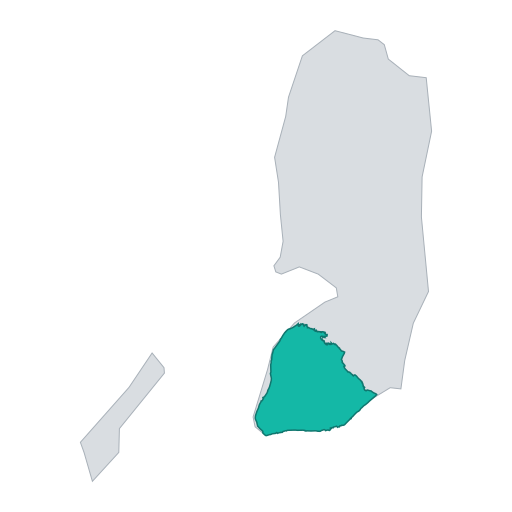 location of Hebron, West Bank, Palestine
{"feature_id": "87354302B80979559279056", "entity_name": "Hebron", "entity_type": "district", "adm_level": 2, "iso_a3": "PSE", "parent_name": "Palestine", "parent_adm1": "West Bank", "projection": "equal_earth", "projection_center": [35.111, 31.507], "detail": "fine", "context": "in_parent", "style": "filled", "palette": "teal", "viewbox_px": 512, "rotation_deg": 0, "n_neighbors": 0, "source": "geoboundaries", "source_scale": "gbopen_adm2", "svg_char_len": 6458}
<svg xmlns="http://www.w3.org/2000/svg" viewBox="0 0 512 512"><path d="M426.2,77.7L431.6,131.2L422.1,176.9L421.4,217.0L428.5,291.5L413.3,323.2L404.7,360.6L400.9,388.9L390.2,387.7L356.5,408.2L311.6,427.4L262.1,432.5L255.1,426.8L253.1,417.0L267.6,369.4L273.2,347.0L294.6,322.9L324.9,302.1L337.8,296.8L336.3,287.9L318.2,274.1L299.3,266.9L281.4,274.1L275.8,271.9L273.9,265.8L280.2,257.2L283.1,241.3L280.4,214.7L278.5,182.3L274.6,157.3L285.7,116.5L288.5,97.2L302.4,55.8L335.0,30.7L363.1,38.0L378.0,39.8L384.3,44.7L388.3,59.1L409.2,75.7L426.2,77.7ZM152.1,353.0L164.0,367.7L164.4,373.1L119.4,428.6L118.8,452.4L92.4,481.3L84.1,452.6L80.4,442.3L129.0,387.4L152.1,353.0Z" fill="#d9dde1" stroke="#a8b0b8" stroke-width="1"/><path d="M324.5,337.5L325.0,337.5L324.8,336.4L325.9,336.4L326.3,336.1L327.0,336.0L327.1,334.6L326.3,334.7L325.6,334.3L324.7,333.3L324.8,333.2L324.7,333.1L325.3,332.9L324.9,332.2L324.0,332.1L323.5,331.9L322.1,331.7L321.6,331.8L321.5,332.4L321.3,332.4L321.2,332.5L321.0,332.4L321.2,331.9L320.3,331.7L319.8,331.8L319.4,331.6L318.8,331.7L318.5,331.5L318.2,331.6L317.9,331.6L317.6,331.8L317.3,331.8L317.2,331.6L316.7,330.8L316.6,331.2L316.4,331.1L316.2,331.2L315.7,331.2L315.7,330.5L315.2,330.2L314.9,330.8L314.7,330.6L314.5,330.1L314.5,329.5L314.1,329.3L314.2,328.9L313.4,329.2L313.1,329.2L313.1,329.5L311.9,328.7L311.5,328.8L311.3,328.6L310.3,328.6L309.9,328.3L309.3,328.0L308.6,327.6L308.2,327.6L307.6,327.7L307.7,327.1L307.0,326.6L306.9,326.3L307.0,325.1L306.8,324.7L305.9,324.7L305.9,325.0L305.7,325.2L305.1,325.2L304.7,325.4L304.1,326.2L303.7,325.5L303.5,325.1L304.0,325.1L303.9,324.6L303.8,324.4L303.3,324.5L303.2,324.2L302.7,323.8L302.3,323.8L302.0,324.2L301.5,324.3L301.0,324.0L300.9,324.7L300.5,325.2L300.4,325.0L300.4,324.7L299.7,324.7L299.9,325.1L299.6,325.8L299.3,326.2L299.0,326.3L298.8,326.1L298.7,326.2L298.3,325.9L298.2,325.7L298.6,324.6L298.2,324.0L298.2,323.7L296.0,325.6L295.1,326.0L294.5,326.5L294.0,326.7L293.9,326.9L293.4,327.3L293.0,327.4L292.5,327.7L289.8,328.9L289.1,328.9L288.8,329.2L288.1,329.4L287.6,329.7L287.1,330.2L286.1,331.2L285.8,331.5L285.6,331.6L285.6,332.0L284.8,332.6L282.9,335.4L281.1,338.6L280.6,339.0L280.3,339.5L280.3,340.2L279.4,341.7L274.6,348.3L273.5,349.6L272.4,353.9L272.1,354.4L271.9,356.4L271.7,359.6L271.6,360.1L271.3,360.6L271.1,361.0L271.2,362.6L270.7,364.8L270.9,372.0L270.5,373.2L270.4,373.6L271.4,378.3L271.3,379.2L271.3,379.7L271.3,380.2L270.4,383.8L269.6,386.6L268.6,389.1L268.3,389.3L267.8,390.5L267.6,391.1L267.7,391.3L266.8,393.4L266.6,393.6L265.4,395.4L265.0,395.9L264.7,396.6L264.1,396.9L263.8,397.2L262.9,397.5L263.0,398.3L263.2,398.5L263.4,398.6L262.2,400.6L261.7,400.9L261.2,400.9L261.0,401.1L261.0,401.8L260.0,403.5L259.4,404.7L258.9,406.3L258.5,407.9L257.6,409.8L256.9,411.4L255.5,415.7L255.3,417.3L255.3,418.6L255.5,419.3L256.6,421.8L256.9,422.5L257.0,423.4L257.5,425.3L257.6,426.1L257.9,426.4L258.2,426.6L258.8,427.4L260.3,429.0L262.6,431.0L262.9,431.7L262.8,432.9L263.0,433.2L264.6,434.7L265.2,435.2L265.9,435.6L266.5,435.6L269.6,434.6L270.4,434.6L271.6,434.1L272.1,433.8L275.5,433.4L276.7,432.5L277.2,432.8L277.2,433.2L277.3,433.3L277.5,433.1L278.4,433.0L278.6,433.0L278.7,432.9L280.5,432.4L280.6,432.6L280.8,432.6L281.1,432.3L282.2,432.4L282.5,432.2L282.8,431.6L285.7,430.7L286.5,430.9L287.1,430.4L287.8,430.3L293.7,430.1L295.4,430.1L297.6,430.3L302.8,430.2L304.8,430.4L304.9,430.8L305.2,431.0L305.8,430.9L306.4,431.0L306.7,430.8L311.1,431.0L315.1,430.8L316.3,430.9L317.6,431.2L319.5,431.3L320.4,431.2L321.6,430.4L322.5,430.2L324.0,429.6L324.3,429.6L325.4,430.3L325.5,430.6L327.8,430.0L328.1,430.0L329.3,430.5L329.7,430.3L329.7,430.1L330.1,429.9L330.3,429.6L330.4,428.7L330.3,428.1L330.7,428.0L331.0,428.7L331.3,428.6L331.4,428.1L331.7,427.8L332.3,427.5L333.0,427.9L333.8,426.9L334.8,426.8L336.6,426.2L336.9,426.6L337.0,426.6L337.4,427.1L337.6,427.3L338.1,426.9L338.4,426.8L339.4,426.9L339.6,426.7L339.6,426.3L339.8,425.9L340.1,425.7L340.5,425.7L341.0,425.8L341.5,425.5L341.6,425.3L343.1,425.3L344.1,425.0L344.7,424.6L346.3,422.9L349.5,419.7L350.2,418.8L350.4,419.0L350.6,419.0L350.8,418.9L350.9,418.5L351.2,418.4L351.1,417.9L352.9,416.3L354.4,414.6L356.4,412.6L357.5,411.7L358.5,411.3L359.1,410.8L360.0,409.9L360.8,408.5L361.8,407.7L363.8,405.7L365.5,404.6L367.9,402.6L369.3,401.2L375.5,395.9L376.7,394.5L375.9,393.8L373.4,392.7L372.0,391.7L371.0,390.9L370.1,390.8L368.4,390.3L367.2,390.0L366.3,390.7L366.0,390.8L365.6,390.3L364.8,390.2L364.5,389.7L364.4,389.4L364.0,388.6L364.2,388.2L364.1,387.7L364.6,387.5L364.5,387.2L363.9,386.8L363.7,386.5L363.4,386.6L363.1,385.9L363.2,385.2L362.7,384.0L362.7,383.4L362.4,383.3L362.2,383.1L362.2,382.5L362.2,382.4L361.9,382.3L361.8,381.5L361.6,381.3L361.2,381.2L361.0,380.8L360.7,380.6L360.3,380.0L359.3,379.2L358.1,378.1L356.5,376.1L355.4,375.2L354.9,374.9L354.5,375.0L354.2,375.3L353.2,375.3L353.1,375.7L352.8,375.4L352.6,375.3L352.3,374.6L351.1,373.8L351.0,373.7L350.9,373.3L350.2,372.9L350.0,372.5L349.6,372.2L349.2,372.3L349.0,372.1L348.5,371.9L347.8,371.9L347.3,371.1L345.2,368.9L344.6,368.1L344.3,367.4L344.1,366.7L343.9,366.3L344.3,366.0L344.9,366.0L344.9,365.4L344.5,365.0L344.3,365.0L344.0,364.4L343.9,364.2L343.5,363.9L343.3,363.4L342.6,363.0L342.6,362.9L342.5,362.6L342.2,362.4L342.2,362.1L342.3,361.6L342.3,361.1L342.0,360.7L341.9,360.3L341.4,359.4L341.9,358.3L342.5,356.5L342.8,356.1L344.3,353.3L344.6,352.1L343.3,351.5L343.0,351.4L342.8,351.2L341.4,351.0L340.3,349.3L339.6,348.8L339.3,348.5L339.2,348.2L339.3,348.0L337.9,346.9L336.7,345.3L336.1,344.8L335.6,344.6L335.5,344.2L335.2,344.3L335.2,344.2L334.9,344.1L334.8,344.4L333.4,343.4L333.1,343.7L332.4,343.9L332.2,343.9L331.2,342.8L331.3,343.8L331.2,344.3L330.7,344.4L330.7,344.1L330.3,343.8L330.0,343.7L329.9,343.8L329.7,344.0L329.7,344.3L329.8,344.4L329.6,344.4L329.3,344.3L329.0,344.2L328.6,343.9L328.7,343.5L328.8,343.6L329.0,343.4L328.1,343.2L327.6,343.3L327.0,343.3L326.8,343.3L327.2,343.7L327.2,343.9L327.1,344.1L327.2,344.7L326.3,344.7L325.4,343.9L325.3,343.7L324.6,343.1L324.3,342.2L324.4,341.9L324.1,341.4L324.2,341.0L324.1,340.9L323.9,341.0L323.6,341.0L323.2,340.4L322.7,340.5L322.6,340.3L322.4,340.4L322.2,340.2L322.3,340.2L322.0,339.9L322.0,339.4L321.4,339.4L321.4,339.0L321.2,338.9L320.9,338.6L320.6,338.1L320.6,337.8L320.7,336.8L320.9,336.5L321.5,336.2L322.3,336.4L322.5,336.8L322.6,337.0L322.7,336.4L322.9,336.3L323.1,336.4L323.1,337.2L323.7,337.1L324.1,337.2L323.9,337.0L324.2,337.1L324.5,337.5Z" fill="#14b8a6" stroke="#0f766e" stroke-width="1.5"/></svg>